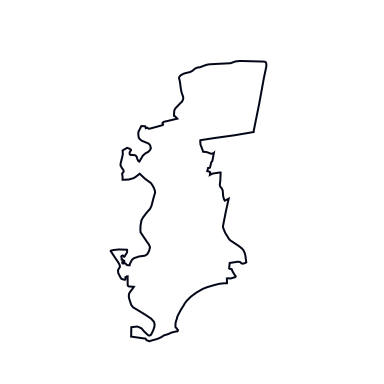 Phan Rang-Thap Cham, Ninh Thuận, Vietnam (Natural Earth projection), rotated 49°
{"feature_id": "81297802B48689828615161", "entity_name": "Phan Rang-Thap Cham", "entity_type": "district", "adm_level": 2, "iso_a3": "VNM", "parent_name": "Vietnam", "parent_adm1": "Ninh Thuận", "projection": "natural_earth1", "projection_center": [108.979, 11.602], "detail": "fine", "context": "isolated", "style": "outline", "palette": "ink", "viewbox_px": 384, "rotation_deg": 49, "n_neighbors": 0, "source": "geoboundaries", "source_scale": "gbopen_adm2", "svg_char_len": 4403}
<svg xmlns="http://www.w3.org/2000/svg" viewBox="0 0 384 384"><g transform="rotate(49 192 192)"><path d="M141.6,51.6L141.0,51.9L124.4,70.0L121.9,73.7L121.3,75.2L120.7,76.9L119.9,78.7L112.1,88.6L106.9,95.3L105.6,97.5L104.4,100.5L103.0,104.4L101.8,105.9L100.9,108.5L100.8,112.2L100.2,114.8L98.2,118.6L97.2,120.7L96.5,124.0L96.7,125.6L97.4,127.0L100.4,128.5L106.8,132.7L110.3,134.7L114.3,136.2L115.7,137.3L116.6,138.7L117.2,140.2L117.4,143.6L118.0,149.9L119.0,152.1L121.6,154.6L122.7,155.6L124.0,155.1L127.0,155.0L122.7,163.2L120.7,166.9L120.4,168.5L120.6,169.1L121.9,169.4L122.3,170.1L121.6,171.7L116.9,181.5L115.8,183.2L113.9,183.7L113.5,185.0L112.0,184.3L111.5,184.3L110.9,185.0L109.0,187.0L110.3,190.1L111.4,192.9L112.7,194.2L114.2,195.4L116.2,196.6L118.0,196.7L120.3,196.3L125.1,193.9L127.0,193.0L128.5,192.9L130.3,193.4L132.1,194.5L132.8,196.3L133.0,198.6L132.3,201.7L132.3,205.2L133.2,207.9L134.5,211.8L133.5,212.2L131.2,211.6L129.3,210.7L127.9,210.6L127.4,210.7L126.7,211.0L124.5,213.1L123.7,214.1L122.6,214.2L121.5,213.4L121.1,212.9L120.6,211.1L120.2,210.4L119.6,210.4L118.4,210.7L116.1,212.0L115.1,217.1L118.2,219.5L120.6,222.8L123.3,226.7L124.8,228.4L127.5,229.1L130.5,229.4L131.4,229.9L131.9,230.5L132.3,232.7L134.5,234.1L136.5,235.7L137.2,236.4L137.3,236.3L139.1,234.1L141.1,231.5L142.4,228.8L143.3,226.8L143.7,223.7L143.9,219.5L151.1,218.8L158.1,217.2L158.7,217.2L161.4,217.5L164.5,218.3L166.5,219.1L168.2,220.2L171.3,225.0L175.9,231.7L177.2,234.7L177.7,238.9L179.0,245.4L180.2,248.7L183.4,252.7L186.8,255.9L188.8,257.3L192.8,257.8L199.5,258.6L201.5,258.8L203.5,259.0L206.1,259.9L208.4,263.2L208.7,264.1L209.1,265.2L209.6,266.5L209.4,267.8L209.3,268.8L209.1,269.4L207.4,272.0L206.0,274.1L205.5,275.3L203.9,279.1L203.8,281.8L205.4,285.8L206.4,287.2L205.6,288.0L204.6,288.9L204.0,289.1L203.3,289.1L202.5,289.0L202.2,289.1L201.8,289.4L200.7,291.0L200.3,291.2L199.9,291.2L199.5,291.0L199.2,290.6L199.3,290.2L199.9,288.9L199.9,288.6L199.8,288.4L199.5,288.4L198.7,288.5L197.9,288.8L197.2,289.4L196.9,289.5L196.1,288.6L195.1,288.1L194.4,287.8L194.2,287.6L194.1,287.0L194.2,286.2L194.7,285.8L195.3,285.8L196.3,285.8L196.4,285.7L196.5,285.5L196.5,285.3L195.9,283.7L195.5,282.2L195.0,280.7L193.4,279.1L193.0,278.9L192.3,279.6L187.3,285.0L184.3,289.3L183.5,290.8L183.1,291.7L183.2,292.1L191.5,293.2L196.5,293.8L199.4,294.4L201.3,295.6L201.7,297.0L202.4,299.1L204.7,300.8L208.9,301.9L211.3,302.2L213.8,300.7L214.3,300.1L214.0,299.3L212.6,298.1L212.9,296.7L213.4,295.9L217.8,299.7L220.3,301.8L221.6,301.8L222.7,300.8L225.4,298.1L225.9,299.8L226.9,304.8L227.7,306.5L229.2,308.1L231.3,309.4L237.2,311.9L240.6,312.1L241.7,311.7L244.4,310.8L254.9,307.5L260.9,305.9L265.2,305.9L267.4,307.1L268.8,308.5L269.1,308.9L271.0,312.1L272.4,315.4L272.9,317.2L272.2,318.6L271.0,319.1L266.2,319.6L261.7,319.6L258.8,320.9L257.6,321.6L254.2,326.5L261.2,332.8L270.9,324.4L272.1,323.3L272.7,323.3L273.4,323.5L274.0,323.5L276.7,322.1L276.9,321.5L277.0,321.1L280.0,314.9L281.0,311.9L281.6,309.5L281.7,307.5L282.0,306.8L283.8,302.8L284.4,300.3L285.3,298.4L286.7,295.7L287.5,294.6L287.5,294.0L287.4,293.6L286.9,293.2L285.9,293.2L284.9,293.0L284.5,293.0L283.6,293.2L282.9,293.0L281.3,291.5L279.8,290.0L278.4,287.9L277.8,286.6L277.4,286.1L276.7,285.3L275.5,282.7L273.6,277.7L272.1,272.7L271.2,270.1L271.0,269.0L270.6,266.9L270.5,264.8L270.3,263.0L270.3,260.7L270.6,257.0L270.9,254.1L272.2,247.4L273.0,245.2L273.7,243.2L276.4,237.2L279.1,231.8L281.9,227.7L283.5,225.8L283.8,225.4L280.1,222.4L280.4,221.8L282.6,219.6L284.3,215.9L284.6,215.0L284.3,214.3L281.8,214.1L278.6,213.5L276.2,212.7L274.5,214.1L274.0,214.1L270.3,210.1L274.6,203.3L276.2,201.7L278.6,201.4L279.7,200.3L280.5,198.4L280.7,197.2L274.8,193.3L272.2,192.1L269.8,191.4L267.3,191.4L263.5,192.1L253.4,194.9L251.8,194.9L244.5,193.7L240.3,192.3L238.6,191.5L237.7,190.5L237.3,190.0L229.2,179.6L221.1,168.7L220.1,172.9L218.7,172.7L215.7,171.3L211.1,167.9L209.1,167.2L206.6,167.2L205.0,166.5L202.0,163.2L196.1,157.6L195.8,157.8L193.4,161.5L191.5,164.6L190.9,167.4L189.0,165.3L188.1,165.5L186.3,166.8L184.4,164.1L185.2,163.1L185.4,162.4L182.2,157.9L181.9,156.2L176.9,149.9L176.9,150.0L176.5,151.2L175.9,152.2L174.4,153.2L171.4,154.8L168.9,157.2L166.8,156.3L161.8,154.5L159.1,152.5L158.4,151.7L166.3,139.2L177.0,122.8L187.2,106.1L186.1,105.0L169.4,83.3L153.4,63.3L145.9,53.4L144.3,52.1L143.4,51.5L142.4,51.2L141.6,51.6Z" fill="none" stroke="#020617" stroke-width="2"/></g></svg>